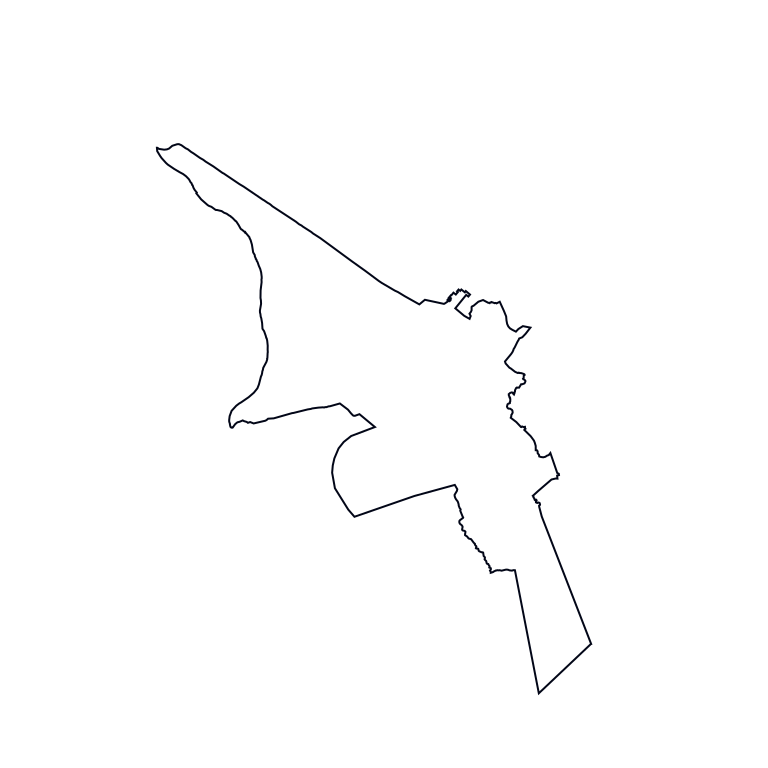 the district of Siak, Riau, Indonesia, rotated 220°
{"feature_id": "22746128B48036345674071", "entity_name": "Siak", "entity_type": "district", "adm_level": 2, "iso_a3": "IDN", "parent_name": "Indonesia", "parent_adm1": "Riau", "projection": "mercator", "projection_center": [101.837, 0.828], "detail": "fine", "context": "isolated", "style": "outline", "palette": "ink", "viewbox_px": 768, "rotation_deg": 220, "n_neighbors": 0, "source": "geoboundaries", "source_scale": "gbopen_adm2", "svg_char_len": 6162}
<svg xmlns="http://www.w3.org/2000/svg" viewBox="0 0 768 768"><g transform="rotate(220 384 384)"><path d="M66.6,246.6L58.4,317.7L58.2,318.0L178.0,383.9L186.2,389.7L187.0,390.5L186.8,391.7L187.2,392.2L188.5,392.9L189.8,392.3L190.1,391.4L190.3,391.3L191.5,391.0L192.4,392.1L192.2,392.8L192.6,393.1L193.2,393.1L193.4,392.4L193.6,392.1L194.1,392.1L195.5,393.0L196.6,393.2L197.2,393.9L198.1,394.0L197.1,401.3L194.3,418.5L191.7,422.0L190.3,423.0L192.5,425.1L191.4,426.7L192.4,427.6L194.1,427.2L212.2,438.1L212.1,435.5L213.1,433.8L213.6,432.0L214.9,430.2L216.8,429.0L218.5,428.3L219.8,429.4L221.7,429.7L223.1,431.2L224.3,431.5L225.2,430.8L228.0,434.1L230.7,435.9L232.7,437.0L238.0,438.3L247.0,439.0L247.2,439.5L246.9,440.6L247.4,440.7L248.5,441.8L249.4,440.7L250.8,440.3L251.1,439.9L251.1,439.3L251.4,439.1L258.2,439.9L265.2,439.6L265.7,441.0L266.6,442.2L266.6,442.9L267.0,444.7L268.3,446.0L269.3,446.4L271.1,446.2L271.6,446.1L272.9,445.1L273.8,445.1L274.7,445.4L275.3,445.8L276.3,447.8L276.1,448.9L275.4,449.9L275.3,450.4L276.0,451.1L276.1,451.8L277.6,453.7L278.0,453.8L278.5,454.4L278.9,454.3L279.2,454.6L279.5,454.6L279.8,455.1L280.8,455.3L281.9,456.4L281.6,458.3L280.8,459.6L280.1,460.0L279.6,460.1L278.9,459.6L277.7,459.5L278.3,461.2L278.8,461.8L278.8,462.4L279.6,463.4L280.2,465.9L279.9,466.8L279.4,466.9L278.8,467.6L278.2,468.0L278.8,472.0L278.0,472.6L276.8,474.7L276.9,475.5L277.4,477.0L277.7,477.3L278.4,477.5L279.9,477.4L280.3,477.2L280.9,477.4L280.9,478.4L282.3,480.2L282.4,480.8L282.1,481.2L282.4,481.6L283.2,481.6L285.8,480.6L287.4,479.4L287.6,479.5L288.2,479.2L288.6,478.4L291.4,477.6L296.8,477.4L298.4,477.1L304.0,477.9L305.8,479.0L305.9,488.9L306.1,490.9L306.6,492.9L307.1,493.9L307.4,496.1L308.9,502.1L309.3,504.6L309.7,505.7L308.1,508.7L307.8,513.6L308.1,521.3L314.8,517.6L316.4,512.5L316.6,508.9L320.5,508.0L323.3,507.6L325.8,508.0L328.3,509.2L331.0,511.4L333.9,514.3L339.2,517.1L348.2,521.4L349.6,518.1L350.3,518.0L350.9,517.6L351.1,517.1L354.3,515.9L354.3,515.5L354.6,515.4L355.0,514.6L355.0,514.0L355.4,514.0L355.9,513.5L356.4,513.2L362.1,512.0L364.6,507.7L365.7,501.5L366.4,500.1L366.4,499.3L364.3,496.8L363.8,495.2L363.7,492.8L361.3,491.8L360.3,488.9L366.4,487.8L378.0,487.8L378.3,505.1L375.6,505.2L375.6,507.8L381.1,507.8L381.0,506.2L385.5,506.1L385.5,504.3L387.6,504.3L387.6,502.4L387.2,502.6L387.0,501.7L386.5,501.7L386.5,498.7L389.5,498.6L389.4,495.3L389.8,495.1L389.8,491.7L388.4,491.7L388.3,492.7L387.9,492.7L387.9,491.6L387.5,491.6L387.4,491.2L387.2,491.2L387.2,490.4L386.9,490.4L387.0,489.7L389.4,489.7L389.4,489.2L388.5,489.2L388.5,488.9L388.0,488.9L389.3,484.4L389.6,483.9L406.8,474.8L408.1,467.7L424.5,464.6L432.4,463.4L435.7,462.5L450.5,460.0L454.2,459.6L471.4,458.6L486.8,457.4L526.6,454.8L535.1,453.7L537.4,453.7L547.5,452.4L549.0,452.4L551.7,451.8L555.9,451.7L583.8,448.4L585.5,448.5L587.6,448.4L589.5,448.0L593.9,447.6L595.4,447.3L618.3,445.0L623.2,444.2L642.3,442.2L643.2,441.9L654.5,441.0L663.7,439.7L666.5,439.6L670.3,438.9L678.3,438.2L680.9,437.8L685.1,437.7L687.5,437.1L692.7,436.7L695.3,435.9L696.6,434.7L699.3,430.4L700.0,426.2L700.5,425.3L701.1,424.2L703.0,422.2L707.4,419.5L709.4,419.3L709.8,419.0L707.4,416.6L702.1,414.8L699.5,414.1L693.1,413.2L690.6,413.1L682.8,413.9L676.7,414.9L672.9,415.7L669.2,415.9L666.2,415.6L664.8,415.4L661.8,414.2L660.5,414.1L658.8,413.1L658.3,413.2L656.2,411.9L653.9,411.0L650.4,410.3L650.3,409.4L642.7,407.9L634.1,407.7L632.6,407.9L630.1,408.8L625.3,409.1L624.5,409.3L623.9,409.9L619.5,412.1L616.6,412.4L614.0,413.3L610.6,413.6L609.5,413.9L608.1,413.7L607.3,413.9L602.4,413.4L601.8,413.6L597.5,412.3L593.9,410.9L592.9,410.7L592.0,410.9L588.7,410.9L588.3,411.3L587.6,411.2L588.2,411.1L588.3,410.9L588.0,410.7L587.3,410.6L587.0,410.9L581.4,409.9L580.8,409.4L578.7,408.5L574.8,405.9L568.8,400.7L565.9,399.7L564.9,398.7L562.8,397.7L562.6,397.4L561.5,397.2L560.6,396.5L559.2,396.1L555.9,394.1L552.8,392.6L549.8,390.5L546.6,387.5L545.5,386.2L545.2,385.5L543.2,383.3L538.7,376.4L533.9,370.5L532.0,368.9L529.7,366.4L526.2,360.4L524.9,359.0L523.7,358.2L521.8,356.4L520.3,355.5L516.5,352.3L512.6,348.2L509.8,347.4L505.4,344.8L503.8,343.6L503.3,343.6L501.3,342.1L497.7,338.6L495.2,335.5L493.4,333.6L493.2,333.1L490.0,328.9L489.9,328.3L489.3,327.8L488.3,325.4L486.9,318.8L485.8,316.8L485.4,315.6L484.2,313.7L483.4,312.0L483.1,310.7L479.5,303.2L478.2,299.3L478.1,293.7L479.2,286.9L481.6,278.2L482.4,276.0L483.2,272.4L483.5,265.5L481.6,260.2L479.4,256.8L478.3,255.6L476.2,254.3L476.0,253.9L474.1,252.5L473.4,252.4L472.7,252.6L472.5,253.1L472.1,253.1L471.9,253.4L472.2,257.5L471.8,259.9L471.6,260.5L470.3,262.3L468.8,265.3L467.3,265.6L464.8,266.7L463.3,266.8L462.1,268.8L458.5,270.0L451.3,279.6L450.8,280.9L450.5,282.9L446.4,286.8L435.7,302.6L434.7,303.7L426.1,315.5L424.0,317.9L423.3,319.1L419.1,323.7L416.0,326.7L414.7,327.6L414.2,328.5L413.2,329.3L412.1,331.2L411.1,332.2L405.3,340.7L395.1,341.2L390.4,340.3L387.6,340.0L386.8,340.2L385.8,341.0L383.4,345.1L363.3,345.2L375.7,323.1L377.6,313.7L377.4,305.5L374.2,295.1L370.9,288.7L366.7,282.7L354.6,272.6L330.6,264.8L321.3,263.3L288.7,317.8L264.9,352.2L260.2,350.5L259.4,348.9L258.7,344.5L258.0,343.7L256.5,342.7L254.8,342.0L252.1,341.4L251.3,341.0L249.5,339.8L248.5,338.8L246.3,337.6L245.2,337.4L244.7,337.2L244.5,336.9L244.2,336.0L243.7,335.7L238.2,332.8L237.6,332.7L237.4,332.2L238.3,328.4L238.2,327.5L237.6,326.7L236.9,326.1L235.7,325.7L233.9,325.8L232.4,325.4L231.9,325.0L230.7,322.8L230.3,322.5L229.6,322.4L227.8,323.3L226.7,323.2L226.0,322.2L225.5,321.2L224.7,320.3L222.2,320.6L220.7,320.2L219.8,320.1L217.5,321.1L213.3,320.1L211.6,320.0L211.4,319.6L210.3,319.1L209.2,319.1L208.8,318.9L208.1,317.3L207.5,317.3L206.7,318.0L205.9,318.3L204.2,317.1L203.4,317.1L200.9,317.9L200.5,318.3L199.7,318.6L197.1,316.3L195.4,316.1L194.9,315.7L194.3,314.4L193.7,314.2L192.0,314.1L190.0,312.6L189.3,312.6L188.4,313.1L187.1,312.5L186.0,312.3L185.4,311.1L183.7,311.5L182.9,310.5L182.9,309.2L181.5,308.7L180.9,308.0L179.5,310.2L179.4,310.9L178.3,313.3L177.9,313.5L177.4,314.3L176.4,314.9L175.7,315.7L173.9,316.6L171.5,319.9L170.6,320.8L169.2,321.6L168.1,321.9L166.0,323.3L165.3,324.5L164.0,325.5L66.6,246.6Z" fill="none" stroke="#020617" stroke-width="2"/></g></svg>